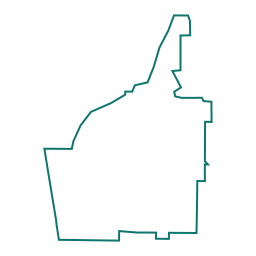 Floyd, Georgia, United States of America
{"feature_id": "52423323B2817589599691", "entity_name": "Floyd", "entity_type": "district", "adm_level": 2, "iso_a3": "USA", "parent_name": "United States of America", "parent_adm1": "Georgia", "projection": "orthographic", "projection_center": [-85.181, 34.333], "detail": "fine", "context": "isolated", "style": "outline", "palette": "teal", "viewbox_px": 256, "rotation_deg": 0, "n_neighbors": 0, "source": "geoboundaries", "source_scale": "gbopen_adm2", "svg_char_len": 743}
<svg xmlns="http://www.w3.org/2000/svg" viewBox="0 0 256 256"><path d="M211.4,101.7L203.6,101.1L201.9,97.8L181.8,97.9L175.2,96.4L174.2,91.8L181.0,87.4L172.4,71.0L180.5,70.3L180.5,35.5L190.2,35.3L189.9,20.9L188.1,15.5L174.0,15.4L168.3,30.6L159.5,47.5L153.9,66.4L147.6,82.4L134.9,85.3L132.2,91.6L125.2,91.6L125.2,94.7L111.0,103.1L91.0,111.8L80.6,125.4L73.4,141.2L71.8,148.9L44.4,148.7L45.6,156.2L45.8,157.8L46.8,163.5L46.9,164.5L56.1,220.2L56.6,224.9L58.9,239.8L109.8,240.5L119.0,240.6L119.2,231.1L136.7,232.5L156.0,232.6L155.9,238.7L168.8,238.9L169.0,232.8L196.5,233.0L197.1,201.5L197.3,181.0L204.9,181.1L204.8,164.4L207.9,164.4L204.9,161.2L205.0,135.2L205.1,121.8L211.6,121.9L211.4,101.7Z" fill="none" stroke="#0f766e" stroke-width="2"/></svg>